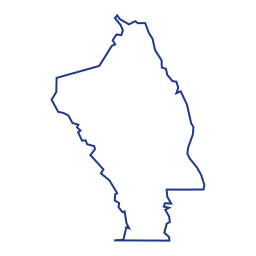 outline of Napa, California, United States of America
{"feature_id": "52423323B42957866846180", "entity_name": "Napa", "entity_type": "district", "adm_level": 2, "iso_a3": "USA", "parent_name": "United States of America", "parent_adm1": "California", "projection": "robinson", "projection_center": [-122.326, 38.51], "detail": "fine", "context": "isolated", "style": "outline", "palette": "blue", "viewbox_px": 256, "rotation_deg": 0, "n_neighbors": 0, "source": "geoboundaries", "source_scale": "gbopen_adm2", "svg_char_len": 1110}
<svg xmlns="http://www.w3.org/2000/svg" viewBox="0 0 256 256"><path d="M117.2,15.4L114.9,18.1L120.6,25.0L122.9,30.4L121.3,35.1L116.5,34.5L112.7,40.3L115.2,44.4L111.8,45.9L99.3,65.9L56.6,77.9L56.3,92.0L51.6,99.7L58.2,111.9L63.0,112.8L68.3,115.4L72.4,122.9L78.3,124.7L77.0,127.4L80.5,130.6L78.1,132.2L82.1,140.7L85.5,140.3L87.2,144.3L94.2,146.1L95.0,149.2L90.4,155.1L103.4,169.4L100.9,173.3L109.5,180.5L117.2,193.2L115.2,194.4L114.7,200.5L119.2,203.1L118.5,207.1L122.5,212.2L124.6,211.4L126.5,223.2L129.1,228.3L126.3,227.3L123.4,239.8L114.1,240.4L169.4,240.6L169.3,238.1L168.4,236.3L164.3,232.8L166.7,223.7L169.8,222.0L169.2,216.7L165.3,209.8L169.0,207.8L163.8,206.6L165.0,203.2L171.2,203.6L167.3,196.8L166.6,189.6L185.5,189.6L203.5,189.5L204.4,185.2L201.3,175.2L197.1,167.7L189.6,158.3L187.4,153.6L188.1,147.7L193.0,134.0L193.4,126.8L191.2,123.4L186.9,104.5L180.7,91.3L176.4,93.2L178.3,87.9L176.4,81.7L172.5,81.1L167.2,74.8L166.0,68.9L161.8,67.5L161.6,60.4L155.0,50.0L152.6,39.0L148.8,32.8L145.2,23.1L138.0,23.2L135.2,21.2L129.0,24.4L119.8,19.1L117.2,15.4Z" fill="none" stroke="#1e3a8a" stroke-width="2"/></svg>